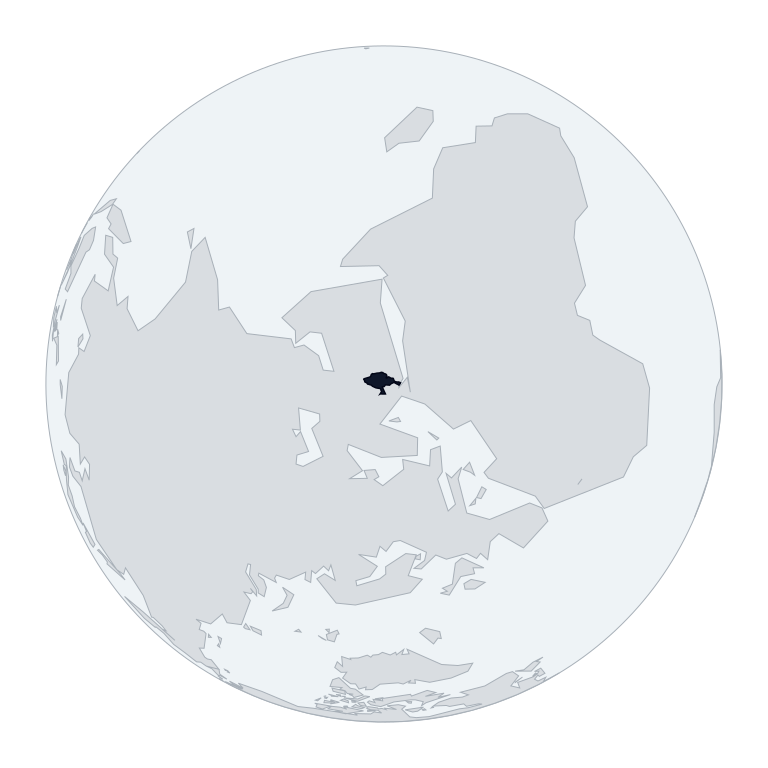 the Earth from above Al Jawf, rotated 197°
{"feature_id": "SAU-862", "entity_name": "Al Jawf", "entity_type": "Region", "adm_level": 1, "iso_a3": "SAU", "parent_name": "Saudi Arabia", "parent_adm1": "", "projection": "orthographic", "projection_center": [37.819, 29.945], "detail": "fine", "context": "on_globe", "style": "filled", "palette": "ink", "viewbox_px": 768, "rotation_deg": 197, "n_neighbors": 0, "source": "natural_earth", "source_scale": "10m", "svg_char_len": 12723}
<svg xmlns="http://www.w3.org/2000/svg" viewBox="0 0 768 768"><g transform="rotate(197 384 384)"><circle cx="384" cy="384" r="338" fill="#eef3f6" stroke="#a8b0b8"/><path d="M384.2,46.1L398.1,46.4L407.3,46.9L411.4,47.2L407.8,47.0L417.6,47.8L438.5,50.5L443.5,51.4L442.7,51.3L449.4,52.8L447.2,52.9L431.6,50.7L429.9,51.0L440.4,52.7L444.9,54.7L429.7,51.9L435.8,55.3L410.9,54.3L372.0,50.4L356.6,53.3L312.6,59.5L315.2,60.4L300.2,64.6L297.5,67.5L290.1,68.7L294.4,70.2L301.6,68.6L305.9,68.9L305.0,70.8L295.4,72.3L294.5,71.6L291.2,73.1L286.8,73.2L288.5,74.2L276.9,76.4L286.9,77.2L276.5,81.5L269.3,82.2L272.0,78.2L262.0,73.2L255.5,74.4L243.6,79.1L216.9,95.4L208.9,99.0L196.6,106.6L200.0,105.9L210.9,99.9L214.2,101.4L227.1,94.8L230.4,94.8L242.8,90.4L238.7,95.6L228.0,103.3L217.5,107.5L212.4,111.4L220.7,111.6L199.3,124.7L182.3,143.0L177.0,146.5L169.9,144.2L174.4,132.4L165.3,133.0L168.9,137.7L155.6,147.7L152.5,151.9L151.9,154.7L156.0,153.1L151.0,158.1L145.5,154.4L150.0,149.8L151.7,150.7L153.7,145.7L149.9,145.0L143.5,150.9L144.6,146.2L140.0,150.7L137.7,152.8L144.9,145.6L132.0,158.9L131.9,159.0L148.3,141.9L165.9,125.9L184.5,111.3L204.1,97.9L224.7,86.0L246.0,75.6L267.9,66.6L290.5,59.3L313.5,53.5L336.9,49.4L360.5,46.9L384.2,46.1ZM48.1,347.1L47.0,365.1L46.5,381.6L46.2,387.2L46.7,395.7L46.8,400.9L54.1,434.3L62.2,460.8L64.9,478.6L63.9,488.5L72.5,515.0L63.8,492.1L56.8,468.6L51.6,444.7L48.1,420.5L46.3,396.0L46.3,371.6L48.1,347.1ZM450.8,53.0L453.3,53.4L455.7,54.1L450.8,53.0ZM244.2,88.0L243.5,89.2L241.6,89.4L244.2,88.0ZM250.3,85.3L248.6,84.6L251.2,83.3L252.2,83.7L250.3,85.3ZM454.5,55.1L457.6,56.5L451.8,54.6L454.5,55.1ZM251.8,86.5L256.1,81.0L260.7,78.7L268.5,78.6L251.8,86.5ZM457.7,57.1L465.4,61.4L471.6,62.3L458.4,62.9L456.2,58.5L448.0,55.8L455.0,57.2L457.7,57.1ZM304.3,67.4L296.5,69.1L303.9,66.1L304.3,67.4ZM308.0,65.4L324.3,57.4L335.4,56.5L327.6,59.0L342.6,57.0L340.0,60.4L331.1,62.2L324.5,62.1L328.6,63.6L308.0,65.4ZM449.8,62.9L449.4,64.0L446.9,62.5L449.8,62.9ZM308.2,68.8L310.5,67.0L320.3,65.9L317.4,69.4L315.2,68.6L308.2,68.8ZM347.8,55.2L354.6,55.3L354.3,58.0L356.9,58.5L340.9,60.4L347.8,55.2ZM312.5,69.8L315.7,71.3L310.3,73.7L306.6,70.6L312.5,69.8ZM324.0,64.3L328.5,64.1L325.1,65.3L324.0,64.3ZM292.9,83.9L295.5,81.2L300.7,80.3L292.9,83.9ZM317.3,71.7L319.1,71.0L321.5,70.4L322.4,72.0L317.3,71.7ZM341.8,62.4L340.2,63.7L348.3,61.7L348.4,64.1L337.7,65.1L342.4,65.7L342.4,66.5L333.6,66.5L341.8,62.4ZM330.5,72.2L316.9,75.1L311.0,80.1L306.1,80.9L316.5,72.9L330.5,72.2ZM333.1,68.8L330.4,71.0L325.7,70.6L324.7,68.8L333.1,68.8ZM352.3,65.5L354.9,61.6L357.2,61.6L352.3,65.5ZM329.7,73.6L333.0,73.0L329.8,74.0L329.7,73.6ZM346.4,67.9L347.0,66.4L349.6,66.4L346.4,67.9ZM339.1,73.1L334.7,73.9L333.8,72.6L339.1,73.1ZM343.2,70.8L346.5,71.2L336.2,71.6L343.0,70.1L343.2,70.8ZM348.7,68.2L350.4,67.7L348.1,68.9L348.7,68.2ZM344.8,78.0L331.9,79.0L330.1,75.9L342.8,75.3L344.8,78.0ZM128.8,457.7L114.8,402.1L124.3,387.3L127.8,365.1L194.4,311.8L206.5,321.0L256.6,324.4L262.5,328.7L254.4,345.5L290.3,374.4L304.4,361.2L339.1,376.8L363.6,377.6L376.2,344.5L336.1,342.4L331.3,325.4L365.1,313.0L400.5,315.8L399.8,309.5L379.2,294.8L389.2,283.4L372.4,288.9L377.8,295.5L367.4,299.6L361.8,293.8L365.5,289.7L355.4,286.4L340.2,308.2L344.1,317.3L316.4,319.0L320.3,334.8L312.1,341.1L302.5,317.0L304.9,308.7L285.5,281.3L280.5,289.9L298.5,316.7L292.0,313.9L285.4,327.3L285.4,315.0L267.1,284.8L243.4,285.3L209.9,312.8L196.7,311.7L187.2,300.8L202.7,268.0L230.4,274.5L236.3,264.3L233.5,246.3L242.2,250.3L244.5,244.2L255.2,246.2L273.1,234.7L284.5,235.6L294.3,218.0L301.4,216.5L293.6,227.1L294.2,235.5L322.7,239.1L329.0,235.9L333.1,224.5L340.4,227.6L340.7,216.2L358.5,213.6L337.1,207.7L341.3,195.7L353.4,187.7L351.0,183.1L331.2,196.3L326.7,202.7L329.0,209.7L313.6,228.2L303.2,230.1L304.8,207.8L290.3,208.5L297.9,192.1L346.7,164.3L365.7,160.5L391.3,178.1L385.4,185.1L373.2,181.9L381.9,195.5L382.4,189.2L388.5,192.2L394.1,182.7L398.6,184.4L396.1,172.8L402.4,173.9L403.9,181.2L417.4,169.4L431.1,169.8L431.9,166.4L429.0,162.7L448.4,166.5L448.1,163.9L441.7,161.5L437.0,155.1L436.4,145.6L443.2,147.4L444.3,151.0L456.8,162.1L458.8,172.4L461.5,172.2L461.4,163.8L446.1,150.2L443.8,144.1L452.0,149.5L448.8,147.0L449.8,144.6L457.1,144.1L448.5,137.9L450.0,112.2L464.3,109.8L471.4,116.8L479.6,103.9L495.0,104.1L489.0,101.7L488.9,95.2L484.1,94.9L481.2,93.3L478.8,78.7L483.4,77.5L475.6,70.4L472.5,69.4L468.6,69.8L458.4,62.9L471.6,62.3L477.9,64.4L482.0,63.5L495.7,68.8L509.0,73.5L521.7,81.3L531.1,85.1L531.6,84.4L544.7,89.9L570.0,105.0L547.4,95.5L509.0,77.7L524.5,84.7L520.3,84.3L525.5,87.9L536.4,93.3L538.1,93.1L552.4,111.4L577.5,132.6L577.3,125.9L585.2,128.3L613.6,151.2L643.8,197.4L654.5,204.8L660.5,212.6L662.8,221.9L654.2,210.5L649.5,210.5L644.3,203.2L645.2,215.6L637.8,205.8L642.1,221.1L649.0,226.7L651.0,218.7L657.9,237.3L670.0,245.0L680.0,261.4L688.8,302.8L684.8,323.2L686.4,329.4L680.3,327.4L679.0,344.4L695.7,368.0L697.6,377.5L692.3,404.5L691.0,397.8L675.0,392.4L676.8,416.7L689.2,426.4L693.6,444.9L686.3,444.9L681.2,429.0L675.5,426.5L673.5,406.2L662.1,381.0L654.4,392.9L651.7,380.9L634.8,363.0L621.9,379.3L603.6,423.4L606.6,454.6L597.9,471.9L573.6,435.0L563.7,406.4L554.3,412.4L529.9,392.1L486.0,400.0L480.3,392.6L471.9,397.9L454.8,392.0L446.2,379.5L435.6,381.5L458.5,414.3L470.0,412.2L480.3,397.1L484.4,409.2L501.0,417.5L480.8,451.0L416.5,483.7L411.2,460.4L367.4,394.9L369.3,387.3L369.1,386.4L368.7,384.9L363.7,397.2L356.4,383.9L378.8,430.7L382.1,450.4L415.6,485.2L412.2,489.0L423.3,495.7L460.0,483.6L460.0,491.3L442.1,528.2L392.1,575.9L399.4,604.2L396.9,627.1L367.2,641.6L371.3,657.5L356.2,662.4L356.2,670.7L344.9,678.5L325.5,684.4L290.9,680.0L287.5,673.0L268.3,656.0L241.2,613.0L248.6,595.6L245.0,579.3L220.1,537.2L225.5,517.0L219.1,506.2L205.8,505.0L198.6,491.8L190.7,489.2L142.5,479.0L128.8,457.7ZM169.3,344.5L167.0,350.9L166.9,351.0L169.3,344.5ZM436.8,336.5L458.7,336.1L450.5,315.5L458.3,314.0L452.7,307.9L449.9,314.1L436.4,297.4L446.5,290.6L444.7,281.7L437.3,281.5L421.1,297.0L440.1,320.4L434.4,329.5L436.8,336.5ZM156.0,147.9L156.3,148.3L154.6,152.0L153.2,151.7L156.0,147.9ZM160.2,161.5L152.1,169.3L157.0,163.2L153.4,163.8L159.3,152.5L174.7,147.7L166.6,151.6L160.2,161.5ZM171.3,137.3L165.9,144.2L171.2,136.9L171.3,137.3ZM246.5,211.5L249.2,216.4L243.6,222.6L229.3,223.9L237.1,214.6L246.5,211.5ZM254.3,222.3L259.9,201.2L269.0,200.4L262.9,204.3L268.4,205.8L260.1,212.6L263.3,233.4L258.7,240.5L234.7,237.4L245.1,234.2L241.9,229.1L254.3,222.3ZM258.1,156.8L260.6,149.9L277.2,156.7L272.9,162.6L258.3,163.5L254.8,157.3L258.1,156.8ZM264.7,88.3L264.6,86.7L267.3,86.1L269.5,86.9L264.7,88.3ZM293.7,82.7L267.9,95.0L266.5,93.6L253.1,103.6L244.2,104.1L253.1,97.4L236.2,105.9L240.8,100.1L229.7,106.4L250.6,91.5L254.0,87.4L253.6,91.7L261.8,91.1L266.3,89.7L281.6,82.8L292.9,74.5L302.8,73.4L306.8,74.9L305.5,76.7L299.5,76.7L302.2,79.2L292.6,80.6L293.7,82.7ZM347.5,104.7L341.0,101.8L344.8,111.0L335.2,110.8L336.2,111.9L328.4,114.5L320.7,119.8L316.7,118.9L315.4,121.5L310.2,123.6L307.1,126.9L298.8,126.7L294.4,130.9L292.9,128.6L287.5,136.0L287.8,130.5L281.1,133.3L284.4,137.1L246.9,132.6L231.0,136.4L217.5,143.0L219.8,133.9L233.9,122.4L253.1,112.1L268.1,110.3L266.4,107.0L273.1,105.3L271.6,108.6L277.9,102.7L283.0,102.4L300.0,95.8L305.9,88.4L312.3,86.2L312.5,89.0L318.7,85.0L323.5,88.9L328.2,87.6L337.6,90.7L335.4,97.5L340.8,95.7L348.2,98.5L347.5,104.7ZM347.2,79.0L346.7,86.2L341.3,90.0L327.1,83.2L322.2,83.8L313.0,80.5L321.1,75.4L323.0,76.7L326.8,76.9L322.7,78.4L328.7,77.3L331.6,79.3L337.0,79.1L335.4,81.4L347.2,79.0ZM270.6,323.2L275.4,324.9L283.3,325.4L279.3,334.2L270.6,323.2ZM257.7,302.8L262.3,302.5L260.4,314.3L255.4,313.0L257.7,302.8ZM266.4,292.7L262.7,301.6L261.7,296.0L266.4,292.7ZM298.0,226.5L303.0,225.9L302.9,228.6L299.4,232.3L298.0,226.5ZM356.7,134.9L353.9,131.9L355.8,130.8L356.1,122.9L363.2,122.8L365.9,127.6L356.7,134.9ZM368.5,350.1L360.5,356.2L357.2,353.0L360.6,351.5L368.5,350.1ZM317.1,345.9L328.1,351.3L315.8,348.3L317.1,345.9ZM364.6,133.6L363.9,130.2L367.9,132.3L364.6,133.6ZM368.5,122.5L373.5,124.2L364.1,121.9L368.5,122.5ZM499.4,699.2L501.3,699.4L496.2,701.0L499.4,699.2ZM455.4,619.7L433.4,658.4L417.2,659.7L413.7,649.6L421.4,626.7L440.1,618.6L449.2,606.8L455.4,619.7ZM713.3,458.2L714.3,455.1L714.0,456.6L713.3,458.2ZM712.4,458.1L714.2,453.5L711.5,462.0L712.4,458.1ZM714.8,451.7L716.5,444.0L717.3,439.5L716.8,442.8L714.8,451.7ZM710.9,461.6L699.5,479.5L694.1,482.9L696.2,476.3L705.0,466.1L710.9,461.6ZM695.7,476.7L686.3,473.3L667.6,446.3L674.4,442.1L692.8,452.0L691.8,457.3L697.5,461.9L695.7,476.7ZM715.3,424.5L714.1,438.5L708.6,447.5L705.7,449.9L703.8,436.4L704.9,426.3L707.6,422.9L713.6,379.7L716.6,381.6L715.7,398.2L717.9,405.3L715.3,424.5ZM608.2,456.9L616.5,471.9L611.2,477.2L608.2,456.9ZM712.9,353.8L712.6,372.2L711.8,350.2L712.9,353.8ZM710.5,335.0L712.1,340.9L709.8,337.2L710.5,335.0ZM689.3,338.2L686.7,343.6L685.1,339.2L687.5,329.9L689.3,338.2ZM687.7,275.7L693.4,288.6L695.0,293.7L691.0,287.7L687.7,275.7ZM424.6,134.2L416.2,144.8L414.9,153.6L421.6,160.0L408.6,156.1L410.6,142.4L424.6,134.2ZM446.2,114.5L440.3,109.8L445.1,109.5L447.2,110.5L446.2,114.5ZM441.0,113.3L429.5,112.2L427.7,108.1L437.1,109.7L441.0,113.3ZM396.9,121.5L393.9,124.5L390.8,122.5L396.9,121.5ZM686.1,535.3L686.9,533.9L687.7,532.2L686.1,535.3ZM718.9,405.2L719.4,411.4L720.9,400.3L719.7,412.3L719.7,421.5L718.9,427.9L719.2,417.5L717.6,433.8L716.8,436.1L717.3,424.8L718.6,406.7L719.4,397.7L721.5,384.3L718.9,405.2ZM721.9,384.4L721.9,380.1L721.7,372.6L721.8,375.2L721.9,384.4ZM720.0,362.6L717.9,356.4L717.5,364.5L716.7,341.3L719.2,351.1L720.0,362.6ZM715.8,342.9L715.6,350.4L714.7,337.8L715.8,342.9ZM714.6,347.7L712.9,340.7L713.9,338.7L714.6,347.7ZM716.2,341.2L713.5,327.9L715.5,333.8L716.2,341.2ZM708.2,325.5L713.2,331.2L709.5,334.4L702.0,310.8L703.0,306.7L708.2,325.5ZM667.2,212.9L662.8,207.6L661.7,203.1L665.0,208.0L667.2,212.9ZM653.9,185.8L659.9,200.2L664.1,213.0L666.2,213.6L673.2,225.8L666.3,219.3L658.4,202.7L656.4,195.1L649.5,185.8L644.1,176.2L635.0,166.8L630.5,160.8L638.1,167.2L653.9,185.8ZM631.2,163.2L613.5,146.1L614.3,142.9L618.4,145.9L626.2,154.9L625.3,155.9L631.2,163.2ZM609.4,141.3L608.3,142.4L580.1,125.1L574.3,120.9L596.3,131.0L596.5,132.9L603.3,138.1L609.4,141.3ZM453.0,64.6L449.7,64.1L452.0,63.7L453.0,64.6ZM478.6,93.4L475.1,91.2L477.9,90.4L478.6,93.4ZM466.9,85.1L466.1,87.4L464.1,84.2L466.9,85.1ZM464.9,93.1L464.5,88.0L468.9,94.0L464.9,93.1Z" fill="#d9dde1" stroke="#a8b0b8" stroke-width="1"/><path d="M374.7,388.4L374.9,388.4L375.0,388.3L375.6,387.9L376.1,387.4L376.7,386.9L377.1,386.6L377.4,386.1L377.8,385.5L378.0,385.1L378.3,384.6L378.6,384.4L379.0,384.4L379.5,384.3L380.2,384.1L380.9,384.0L381.6,383.8L382.2,383.7L382.3,383.6L382.6,383.1L382.7,382.6L382.9,382.2L383.1,381.8L383.1,381.7L383.8,381.3L384.4,381.0L384.8,380.8L384.8,380.7L384.6,380.4L384.0,379.8L383.5,379.1L382.9,378.5L382.3,377.8L382.3,377.7L381.6,377.0L381.0,376.3L380.3,375.6L379.7,374.9L379.9,374.8L380.9,374.5L382.2,374.1L383.4,373.8L383.7,373.7L384.7,373.4L384.8,373.3L384.2,375.6L384.2,375.8L384.2,376.1L384.3,376.3L384.3,376.5L384.8,376.9L385.0,377.1L385.2,377.3L385.3,377.6L385.4,377.8L385.6,378.1L385.8,378.3L386.0,378.4L386.5,378.5L388.7,378.2L390.3,378.0L390.9,378.0L394.4,378.5L394.5,378.5L394.8,378.7L395.2,379.0L395.3,379.1L395.5,379.1L395.9,379.2L398.7,379.2L399.0,379.2L399.5,379.1L399.9,379.3L400.9,380.1L401.0,380.1L401.5,380.2L401.9,380.2L402.5,380.3L402.9,380.4L403.0,380.5L403.2,380.8L403.4,381.3L403.6,381.6L403.9,381.9L404.7,382.5L404.8,382.6L404.8,382.8L404.7,382.9L404.5,383.2L404.1,383.5L399.9,386.3L399.4,386.8L399.2,386.9L399.1,387.0L399.0,387.3L398.9,389.4L398.9,389.5L398.1,390.5L397.7,390.4L395.7,391.3L393.8,392.4L392.9,392.7L390.9,393.6L390.7,393.8L390.1,394.4L389.9,394.3L389.8,394.2L389.6,394.2L389.3,394.3L388.8,394.6L388.6,394.6L388.4,394.6L388.2,394.5L388.0,394.1L387.8,394.1L387.7,394.1L387.4,394.0L387.3,393.9L387.1,394.0L386.8,394.1L386.6,394.1L385.6,394.0L385.3,394.0L384.7,393.8L384.5,393.6L384.1,393.3L384.0,393.2L383.9,393.0L383.8,392.8L383.8,392.5L383.7,392.2L383.7,391.7L383.8,390.7L383.7,390.6L383.6,390.4L383.4,390.4L383.0,390.7L382.7,390.9L382.6,391.0L382.4,391.3L382.2,391.8L382.1,392.0L381.8,392.1L380.9,392.1L380.5,392.0L379.7,391.7L379.4,391.7L379.0,391.6L377.8,391.9L377.2,392.1L376.8,392.0L376.7,392.0L375.4,390.2L375.2,390.1L375.0,389.9L374.9,389.8L373.9,389.6L373.5,389.6L373.1,389.6L372.4,389.7L371.4,389.9L371.2,389.9L371.0,390.0L370.8,390.2L370.7,390.2L369.8,390.2L369.4,390.0L369.2,390.0L368.6,390.1L368.6,389.8L368.7,389.6L368.8,389.3L368.7,389.2L368.8,389.0L368.8,388.9L368.9,388.4L369.0,388.3L369.0,388.1L369.2,387.9L369.2,387.7L369.3,387.6L369.2,387.5L369.2,387.4L369.3,387.3L369.8,387.4L370.4,387.6L371.2,387.7L371.9,387.8L372.7,388.0L373.3,388.1L373.6,388.2L374.2,388.3L374.7,388.4Z" fill="#0f172a" stroke="#020617" stroke-width="1.5"/></g></svg>